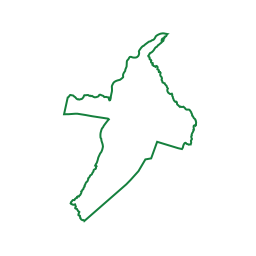 Bom Jesus da Lapa, Bahia, Brazil (orthographic projection), rotated 13°
{"feature_id": "56859067B88017045817221", "entity_name": "Bom Jesus da Lapa", "entity_type": "district", "adm_level": 2, "iso_a3": "BRA", "parent_name": "Brazil", "parent_adm1": "Bahia", "projection": "orthographic", "projection_center": [-43.321, -13.283], "detail": "fine", "context": "isolated", "style": "outline", "palette": "green", "viewbox_px": 256, "rotation_deg": 13, "n_neighbors": 0, "source": "geoboundaries", "source_scale": "gbopen_adm2", "svg_char_len": 5824}
<svg xmlns="http://www.w3.org/2000/svg" viewBox="0 0 256 256"><g transform="rotate(13 128 128)"><path d="M193.2,110.6L193.6,110.0L193.5,109.4L193.3,108.7L193.2,107.7L193.1,107.1L192.8,106.5L192.4,105.8L192.3,105.3L191.7,104.9L191.4,104.3L190.6,103.9L189.9,103.5L189.3,102.9L189.0,102.4L188.6,102.0L188.2,101.7L187.7,101.5L187.6,100.9L187.4,100.4L187.0,99.8L186.4,99.2L186.1,98.5L184.6,97.1L183.7,96.4L182.3,96.5L181.6,96.8L180.8,96.9L180.1,96.7L179.6,96.4L179.3,96.0L178.7,95.6L177.8,95.1L177.2,94.8L176.8,95.1L175.1,95.5L174.4,95.3L173.9,95.8L172.5,95.0L172.0,94.6L171.5,94.4L170.7,94.0L170.3,93.4L169.8,91.9L169.1,91.5L168.5,91.9L168.0,91.8L167.3,91.2L166.8,91.0L166.4,90.6L165.6,89.3L165.0,88.6L164.7,87.6L164.2,87.1L163.8,86.7L163.7,86.2L163.5,85.3L163.0,84.7L162.4,85.0L161.5,85.4L160.9,85.3L160.2,84.9L159.7,84.8L159.0,84.3L158.0,83.0L157.7,81.9L158.0,80.6L156.8,79.5L156.4,78.8L156.0,78.1L155.3,77.8L154.8,77.4L154.0,76.8L153.7,76.2L153.0,76.2L152.3,75.9L151.5,75.9L151.1,75.4L150.8,74.6L150.4,74.0L149.9,73.6L149.8,72.9L150.0,72.3L149.4,71.0L148.0,70.0L147.7,69.5L147.4,68.9L147.3,68.1L147.4,67.0L146.9,66.6L146.6,66.2L146.1,66.3L145.5,66.5L145.2,65.9L145.3,65.4L145.1,64.8L144.6,64.4L144.0,64.4L143.4,64.2L143.4,63.6L143.3,62.9L143.2,62.1L142.6,61.5L142.1,61.2L141.6,61.2L141.4,61.9L141.0,62.3L140.6,62.0L140.1,61.8L139.0,61.8L138.5,61.5L138.2,61.0L137.6,61.0L137.4,60.5L137.7,60.0L137.5,59.2L137.0,59.1L136.2,59.1L135.8,58.9L135.5,58.3L135.4,57.5L135.5,57.0L134.7,56.3L134.0,56.3L133.4,55.8L133.4,55.0L133.1,54.3L131.9,53.8L131.5,53.2L131.8,52.8L131.9,52.2L132.2,51.7L132.2,51.1L132.6,50.1L133.1,49.7L133.5,49.4L134.1,48.8L134.9,47.7L135.7,46.1L135.9,45.3L136.1,44.8L136.3,44.4L136.5,43.7L136.9,43.1L137.5,42.7L138.1,42.0L138.3,41.3L138.6,40.6L139.2,40.1L139.8,39.3L140.2,38.7L141.2,37.5L142.2,35.8L142.6,35.5L142.9,34.9L142.8,34.2L142.1,34.1L141.8,34.5L141.2,35.6L141.0,34.8L141.3,33.3L142.5,32.3L143.1,32.3L143.0,31.7L143.5,31.1L143.3,30.7L144.0,30.4L144.5,29.9L144.7,29.3L144.8,28.1L145.2,27.6L143.3,27.7L142.2,27.7L140.7,27.9L138.9,28.6L138.0,29.1L136.9,29.9L135.6,31.0L134.4,32.5L134.3,33.2L133.9,34.6L133.4,35.7L132.9,36.3L132.4,36.7L131.5,37.2L130.5,38.4L129.3,39.0L128.8,39.3L128.5,39.7L125.8,42.9L125.2,43.8L124.7,44.5L123.9,45.0L123.2,46.1L122.8,46.8L121.5,50.0L121.4,51.1L121.7,51.7L122.0,52.4L122.1,53.7L122.0,54.7L121.8,55.5L121.4,56.1L120.9,56.8L120.3,57.3L119.4,57.7L117.7,58.1L116.8,58.2L114.9,58.0L114.5,58.1L113.8,58.4L113.4,59.1L113.0,60.6L112.8,61.1L112.1,62.3L111.9,63.0L112.0,64.0L112.4,66.1L112.8,68.5L112.3,71.3L112.3,72.1L112.4,73.0L112.1,73.8L111.6,74.9L111.2,76.8L111.3,77.7L111.5,78.5L111.8,79.2L111.8,79.7L110.5,81.5L109.4,82.8L106.9,84.1L105.6,85.0L104.4,86.1L103.7,87.2L103.1,89.4L102.9,90.7L103.0,91.6L103.3,92.4L103.6,93.6L103.9,94.7L104.1,96.2L104.1,98.3L104.2,101.3L104.4,102.4L104.4,103.8L104.3,104.9L103.7,105.2L103.1,104.6L102.9,104.0L102.6,103.2L102.3,102.5L101.5,102.7L100.9,102.7L100.4,102.6L99.7,102.6L98.6,103.0L97.9,103.2L96.8,102.3L94.5,102.0L93.6,101.8L92.9,102.0L92.5,102.4L92.1,103.7L91.3,104.4L90.5,104.8L90.1,105.1L88.7,105.6L88.2,105.5L87.6,105.5L87.0,105.3L86.3,105.0L85.7,104.8L84.8,105.3L84.2,105.0L83.7,105.1L83.1,105.4L82.0,104.9L81.5,104.9L80.5,105.2L79.5,105.6L78.8,105.7L78.1,105.9L77.8,106.7L77.8,107.5L77.0,109.3L76.5,110.0L75.9,110.4L75.4,110.5L74.7,111.0L74.0,111.3L73.3,111.1L72.8,111.4L72.1,111.3L71.4,111.1L70.9,110.8L69.6,109.8L68.8,109.6L68.0,109.1L67.3,108.7L64.4,108.8L64.0,109.1L63.7,109.9L63.0,111.4L62.4,111.8L62.6,129.0L67.4,127.8L73.6,125.9L75.3,125.5L83.7,124.9L90.3,124.6L106.3,123.4L106.8,123.5L107.4,123.9L106.6,125.3L105.6,127.4L104.7,129.4L104.0,131.0L103.7,131.9L103.6,132.6L103.4,133.1L103.1,133.6L102.7,134.5L102.5,136.1L102.4,138.7L102.5,139.9L102.7,141.1L103.1,142.6L103.4,143.6L104.4,144.6L104.6,145.4L105.2,146.7L106.6,149.0L107.2,150.2L107.8,151.9L107.8,152.6L107.8,154.3L107.7,155.5L107.4,157.3L106.6,159.1L106.3,160.5L105.7,163.5L105.7,164.4L105.7,165.7L105.5,168.2L105.4,168.8L105.2,169.6L104.9,170.2L104.5,172.0L105.6,172.0L106.0,172.4L105.7,173.0L105.6,173.6L105.8,174.1L105.8,174.7L105.5,175.3L105.1,175.5L104.5,176.0L104.1,176.6L104.0,177.1L104.1,178.2L103.9,178.7L103.5,179.4L103.3,180.8L103.1,181.4L102.6,182.0L102.0,182.5L101.7,183.2L101.7,183.9L101.0,185.4L100.5,186.0L100.8,187.2L100.5,188.4L100.5,188.9L100.2,189.5L99.5,190.3L99.1,191.6L99.1,192.2L98.8,193.3L98.6,193.8L98.9,194.2L98.9,194.9L98.5,195.4L98.2,196.7L98.3,197.3L98.0,197.9L97.5,198.4L97.5,199.1L97.3,199.6L97.1,200.1L96.7,200.4L97.0,200.8L97.1,201.5L96.9,202.6L96.5,204.0L96.2,204.5L95.7,204.9L95.6,205.8L95.1,206.0L94.5,205.9L93.8,206.6L94.0,207.5L93.2,207.9L92.9,208.4L92.4,208.9L92.2,209.5L92.0,210.3L90.5,210.6L90.1,211.2L89.8,212.1L89.4,212.6L89.1,213.3L89.3,213.9L89.1,214.4L89.5,214.7L90.1,214.9L90.6,214.8L91.1,215.1L92.0,215.1L92.6,214.9L93.0,214.6L93.6,214.3L94.1,215.1L94.4,215.7L94.9,216.3L94.6,217.1L94.5,217.9L95.0,218.3L96.5,218.4L97.0,219.1L97.7,219.7L98.2,220.3L98.8,220.4L99.5,220.8L99.2,222.5L99.1,223.2L99.3,224.0L100.5,224.2L100.9,224.4L100.9,225.1L101.7,225.8L101.7,226.5L103.0,227.6L104.2,228.0L104.8,228.0L105.5,227.7L106.1,227.9L106.4,228.4L139.0,183.3L142.1,178.2L147.9,167.7L152.0,154.7L157.4,152.4L159.5,134.9L181.5,136.4L185.3,136.4L185.8,134.9L185.9,134.0L185.8,133.4L186.0,131.6L186.4,130.4L186.7,129.9L187.3,129.5L188.0,129.7L188.5,130.2L189.2,130.3L190.0,130.3L190.8,130.6L191.4,130.4L192.0,130.1L192.8,129.9L192.7,129.2L192.9,128.6L192.8,127.8L192.5,127.1L192.2,126.4L192.2,125.9L192.5,125.4L192.8,124.5L192.6,123.9L192.2,123.6L191.7,122.6L191.5,121.9L191.9,121.1L191.6,120.6L191.5,120.0L191.6,119.4L191.8,118.2L192.0,117.8L192.3,116.4L192.4,115.8L192.1,115.3L192.6,114.9L192.5,114.4L191.7,112.3L191.6,111.8L191.6,111.0L192.1,110.5L192.7,110.1L193.2,110.6Z" fill="none" stroke="#15803d" stroke-width="2"/></g></svg>